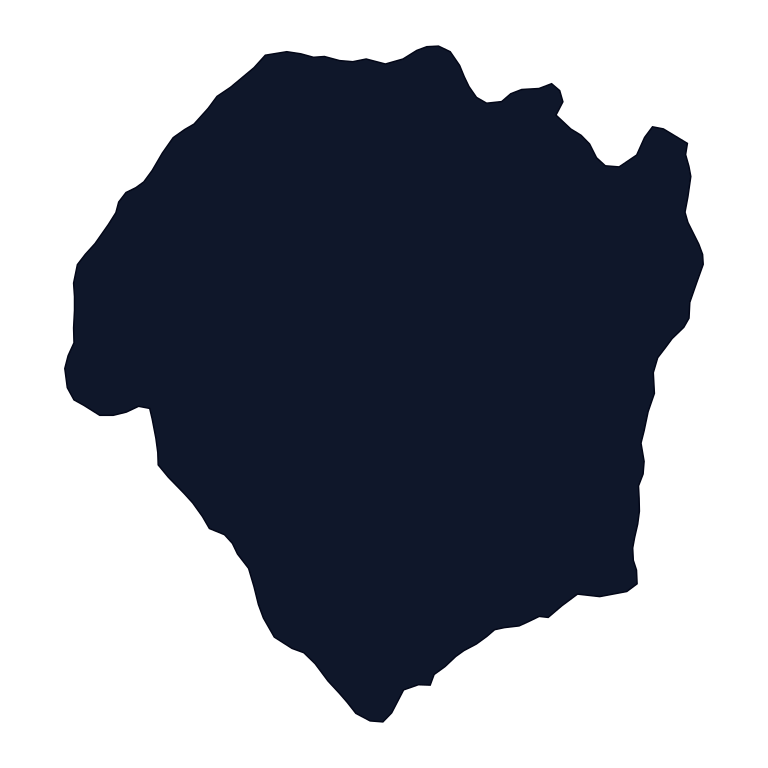 Tarumã, São Paulo, Brazil (orthographic projection)
{"feature_id": "56859067B95446673661662", "entity_name": "Tarumã", "entity_type": "district", "adm_level": 2, "iso_a3": "BRA", "parent_name": "Brazil", "parent_adm1": "São Paulo", "projection": "orthographic", "projection_center": [-50.598, -22.773], "detail": "fine", "context": "isolated", "style": "filled", "palette": "ink", "viewbox_px": 768, "rotation_deg": 0, "n_neighbors": 0, "source": "geoboundaries", "source_scale": "gbopen_adm2", "svg_char_len": 1892}
<svg xmlns="http://www.w3.org/2000/svg" viewBox="0 0 768 768"><path d="M486.6,103.2L476.5,97.4L469.0,86.6L464.2,76.6L459.6,65.4L450.2,51.7L438.5,46.1L426.8,46.7L416.8,50.4L403.0,59.0L385.4,64.0L366.2,59.0L352.8,61.7L339.6,60.6L324.4,56.5L313.5,57.3L300.8,53.8L286.8,51.7L265.3,55.2L254.0,67.7L230.5,87.3L217.0,96.4L208.2,108.3L194.0,124.1L184.7,129.5L173.2,137.6L162.4,153.0L152.1,170.6L143.8,181.9L135.8,187.7L126.0,192.5L118.7,202.0L115.9,212.6L108.4,224.5L95.0,243.6L85.4,254.2L77.4,264.6L73.6,283.1L74.5,296.6L74.5,310.3L73.6,328.0L74.0,342.8L68.1,355.7L64.8,368.5L67.3,387.7L74.0,399.9L83.8,405.3L99.7,415.3L113.3,415.3L126.3,412.1L138.6,406.3L149.7,408.4L152.2,419.0L155.9,438.3L157.8,452.6L158.2,464.9L168.5,477.4L183.9,493.2L192.7,502.9L202.5,516.6L209.4,528.5L224.5,534.7L232.4,543.4L237.5,554.0L248.6,568.4L254.0,586.7L258.4,604.5L263.4,618.0L274.3,637.1L292.0,648.4L303.8,652.7L315.1,663.7L328.0,681.0L339.3,693.2L347.1,702.2L355.9,713.4L370.1,720.9L382.9,721.9L391.7,712.8L403.6,689.9L418.4,684.7L430.2,685.1L434.1,674.5L445.0,666.6L455.7,656.5L463.9,650.6L476.4,644.0L486.7,636.5L494.6,629.7L504.4,627.6L519.1,625.9L530.4,620.7L539.2,616.4L548.2,617.4L561.8,605.8L577.5,594.1L599.7,596.6L626.8,591.5L637.1,583.8L636.5,570.1L633.3,560.3L632.7,548.0L634.6,537.6L637.7,524.1L639.4,511.2L639.1,498.2L638.5,485.9L643.1,474.0L644.1,461.4L641.0,443.1L644.1,430.8L648.1,411.7L654.4,393.4L653.3,372.6L657.7,357.7L665.8,347.1L672.1,338.6L683.8,327.3L689.0,318.2L689.8,302.4L696.9,282.0L703.2,264.4L702.6,254.4L698.8,244.2L687.9,222.4L685.0,212.2L687.9,196.8L690.8,176.5L688.9,166.3L685.6,154.6L687.4,143.4L663.4,128.9L652.5,126.8L644.6,137.4L636.7,155.0L619.1,166.9L605.3,165.8L596.5,157.7L589.6,144.0L581.1,135.3L570.8,129.0L556.0,115.1L562.9,101.8L559.7,90.6L551.6,83.7L539.0,88.5L521.7,89.5L510.8,93.7L501.6,101.6L486.6,103.2Z" fill="#0f172a" stroke="#020617" stroke-width="1.5"/></svg>